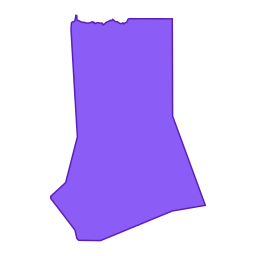 Niefang, Centro Sur, Equatorial Guinea (Albers equal-area conic projection)
{"feature_id": "11065452B28626668585382", "entity_name": "Niefang", "entity_type": "district", "adm_level": 2, "iso_a3": "GNQ", "parent_name": "Equatorial Guinea", "parent_adm1": "Centro Sur", "projection": "albers", "projection_center": [10.119, 1.88], "detail": "fine", "context": "isolated", "style": "filled", "palette": "violet", "viewbox_px": 256, "rotation_deg": 0, "n_neighbors": 0, "source": "geoboundaries", "source_scale": "gbopen_adm2", "svg_char_len": 1460}
<svg xmlns="http://www.w3.org/2000/svg" viewBox="0 0 256 256"><path d="M205.3,205.3L172.6,116.2L172.5,78.3L172.5,78.0L172.3,18.8L129.0,18.7L128.2,19.2L127.8,19.7L127.6,20.1L127.5,20.6L127.4,20.8L127.3,21.0L127.2,21.3L126.8,22.0L126.5,22.3L125.8,22.7L125.1,22.9L124.7,23.4L124.3,23.7L123.9,23.9L123.6,23.7L123.5,23.2L122.9,22.9L122.4,23.2L121.8,23.4L120.3,23.7L119.8,23.5L119.5,23.1L118.8,22.8L118.0,22.3L117.3,21.7L116.7,21.6L116.1,21.7L115.4,21.7L114.4,20.8L114.2,20.4L113.5,20.1L113.2,19.8L112.7,19.4L112.0,20.1L111.6,20.6L111.0,20.4L110.3,20.3L109.8,20.6L109.2,21.0L106.1,22.4L105.6,22.8L105.0,23.5L104.6,24.0L103.9,24.4L103.4,24.3L103.0,24.8L102.7,24.6L102.6,24.1L102.5,23.6L102.1,23.2L101.3,23.0L100.6,23.2L100.0,23.3L99.3,23.0L98.7,22.8L98.0,22.6L97.5,22.6L96.9,22.8L95.7,23.5L95.5,23.1L94.7,23.0L94.2,23.0L94.3,22.9L94.2,22.6L93.9,22.2L93.5,22.3L93.1,22.3L92.9,22.1L92.6,21.9L92.1,21.8L91.5,21.9L90.9,22.6L89.7,22.9L88.6,23.0L87.7,23.0L86.6,23.0L85.5,22.8L84.5,22.4L83.1,22.3L81.3,22.0L79.9,21.3L78.6,20.6L77.6,20.3L76.9,19.7L76.8,18.6L76.8,17.6L76.9,16.4L76.7,15.5L76.2,15.4L75.8,15.4L75.8,15.8L75.8,16.7L75.6,17.4L75.4,18.1L75.1,19.5L74.9,20.3L74.8,21.0L73.6,21.8L72.8,21.8L72.3,22.0L71.9,22.4L71.5,22.7L71.4,23.3L71.0,29.5L74.0,80.6L74.0,80.9L77.4,136.8L65.7,182.5L50.7,196.4L50.8,197.7L50.8,198.5L57.8,207.6L75.0,230.1L76.9,238.5L78.7,240.3L100.5,240.6L149.1,220.5L172.1,211.0L205.3,205.3Z" fill="#8b5cf6" stroke="#5b21b6" stroke-width="1.5"/></svg>